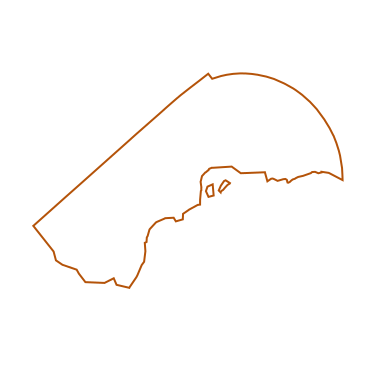 New Castle, Delaware, United States of America (Natural Earth projection), rotated 52°
{"feature_id": "52423323B5401944400866", "entity_name": "New Castle", "entity_type": "district", "adm_level": 2, "iso_a3": "USA", "parent_name": "United States of America", "parent_adm1": "Delaware", "projection": "natural_earth1", "projection_center": [-75.59, 39.565], "detail": "fine", "context": "isolated", "style": "outline", "palette": "amber", "viewbox_px": 384, "rotation_deg": 52, "n_neighbors": 0, "source": "geoboundaries", "source_scale": "gbopen_adm2", "svg_char_len": 2228}
<svg xmlns="http://www.w3.org/2000/svg" viewBox="0 0 384 384"><g transform="rotate(52 192 192)"><path d="M108.8,106.4L108.8,118.1L108.7,128.1L108.7,128.7L108.7,134.0L108.7,141.0L108.9,146.5L109.2,152.3L109.4,156.0L109.7,161.1L110.1,166.8L112.0,199.7L112.5,207.4L112.6,207.9L112.6,208.4L114.5,237.7L116.8,273.0L118.1,293.9L118.1,294.0L121.0,337.9L153.7,337.7L162.1,341.3L169.6,338.9L182.2,330.7L186.7,331.4L197.4,331.5L209.8,316.9L211.8,306.8L218.7,308.6L228.9,300.4L228.7,300.1L224.9,288.3L224.0,286.3L218.6,276.6L217.5,272.7L210.0,265.2L203.0,260.5L203.4,258.6L200.0,255.6L199.4,254.1L195.4,248.6L195.2,247.9L193.8,239.3L193.8,238.6L196.1,229.8L196.1,229.3L201.0,222.3L205.2,222.8L207.9,216.1L203.7,212.5L204.1,206.0L204.1,205.2L205.7,195.4L206.2,194.7L206.4,194.2L206.9,193.4L203.5,190.7L203.1,190.4L196.9,184.6L196.6,184.3L196.4,183.6L196.1,183.4L194.3,182.0L194.2,181.8L189.2,178.9L188.8,178.3L185.6,174.3L185.6,174.2L184.8,169.5L184.9,169.1L185.0,168.8L184.8,166.0L185.0,165.7L184.6,164.9L184.3,164.2L184.7,162.9L185.0,161.8L185.1,161.4L185.6,160.9L196.4,145.1L197.5,144.8L207.2,142.0L209.7,138.6L221.2,122.6L221.3,122.4L230.0,126.0L230.3,121.4L231.1,120.1L232.5,119.3L235.9,117.7L237.6,113.5L238.0,112.4L239.2,110.4L240.7,109.8L241.6,110.0L242.2,110.5L243.4,110.9L244.0,110.3L244.3,108.5L244.1,107.2L244.1,105.0L244.9,102.8L245.0,101.5L245.5,99.1L247.1,95.7L247.6,94.7L250.3,86.7L250.2,85.1L251.9,82.6L255.0,80.9L256.3,77.9L255.9,77.8L255.7,77.6L255.8,77.5L261.1,72.5L261.9,72.1L272.7,67.2L275.3,66.0L271.2,63.0L265.5,59.0L254.4,52.9L251.7,51.7L250.6,51.2L250.2,51.0L242.4,48.1L234.8,45.8L234.4,45.8L226.2,44.2L217.2,43.2L216.9,43.1L203.6,42.7L199.6,43.0L193.8,43.5L193.6,43.5L193.0,43.6L192.6,43.7L183.3,45.4L175.7,47.5L172.7,48.5L163.5,52.4L161.6,53.4L153.4,57.8L146.8,62.4L142.9,65.7L139.9,68.2L138.9,69.2L136.9,71.1L135.5,72.5L131.4,77.0L128.0,81.3L124.2,86.9L121.4,91.8L121.0,92.5L118.5,97.7L115.2,106.4L108.8,106.4ZM198.7,171.0L197.3,176.5L199.9,180.5L206.0,182.0L208.1,177.1L198.7,171.0ZM208.4,156.6L203.5,158.3L203.1,160.0L204.8,165.4L207.3,170.0L208.9,169.8L210.0,169.7L209.6,169.2L209.3,167.9L209.5,166.2L208.9,163.4L208.3,159.7L208.6,157.0L208.4,156.6Z" fill="none" stroke="#b45309" stroke-width="2"/></g></svg>